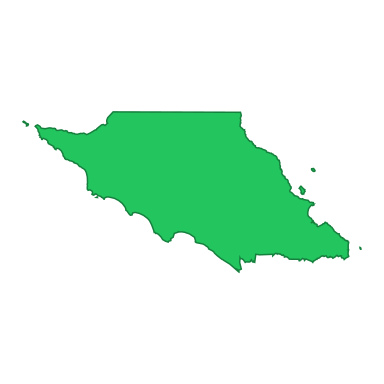 outline of Mulegé, Baja California Sur, Mexico
{"feature_id": "50627088B42796639886072", "entity_name": "Mulegé", "entity_type": "district", "adm_level": 2, "iso_a3": "MEX", "parent_name": "Mexico", "parent_adm1": "Baja California Sur", "projection": "orthographic", "projection_center": [-113.158, 27.203], "detail": "fine", "context": "isolated", "style": "filled", "palette": "green", "viewbox_px": 384, "rotation_deg": 0, "n_neighbors": 0, "source": "geoboundaries", "source_scale": "gbopen_adm2", "svg_char_len": 5993}
<svg xmlns="http://www.w3.org/2000/svg" viewBox="0 0 384 384"><path d="M113.1,111.9L107.7,117.7L106.8,120.1L106.7,121.2L106.8,122.2L107.6,123.1L105.0,125.5L103.5,124.5L101.5,124.9L98.2,127.6L96.7,128.9L96.5,129.7L95.1,130.0L90.4,132.9L86.8,134.6L83.8,133.1L82.2,133.5L80.5,133.4L77.4,134.3L74.8,134.0L74.1,133.4L72.5,133.5L71.8,132.7L68.6,132.7L67.3,131.9L67.3,131.2L65.7,130.6L65.1,131.0L63.4,130.9L62.7,130.3L61.3,129.9L58.4,130.4L56.7,130.4L55.6,129.4L55.5,128.7L54.3,128.3L52.9,128.5L51.1,128.0L49.3,127.9L45.2,128.7L41.9,128.3L41.0,128.0L40.0,126.4L37.6,124.9L36.1,125.5L35.2,126.3L37.8,129.0L38.3,131.6L39.1,132.5L39.6,134.1L39.3,135.2L39.6,135.2L40.2,136.3L40.0,137.1L40.6,137.1L41.1,137.6L41.7,139.4L42.4,139.4L42.6,138.7L43.2,138.3L46.4,139.6L47.7,141.1L48.0,142.0L47.9,142.6L48.2,142.8L48.4,143.7L50.0,144.3L50.4,144.8L50.8,144.8L53.6,146.4L53.4,147.0L54.3,147.6L54.5,148.7L55.7,149.6L56.0,149.6L55.8,148.9L56.3,148.4L58.0,148.4L58.9,148.8L61.2,150.7L62.9,153.9L63.2,156.0L64.5,157.5L64.7,158.3L65.1,158.3L65.3,159.1L66.1,159.5L67.4,159.4L69.8,160.8L71.3,161.0L73.6,162.0L73.9,162.7L74.4,162.6L74.6,163.0L77.4,163.9L79.5,166.5L80.6,166.7L82.2,168.0L83.9,168.9L85.1,170.1L86.3,172.5L87.3,176.8L87.5,182.0L87.5,183.6L87.2,184.0L87.5,185.9L87.2,187.2L87.4,188.4L87.2,189.0L88.1,190.3L90.0,189.9L91.9,191.0L92.6,192.4L92.5,193.1L91.9,194.2L92.2,194.5L92.7,194.8L93.1,194.6L93.6,195.1L95.1,194.4L95.3,193.8L96.3,194.0L98.3,195.7L100.9,196.4L101.4,197.2L102.6,197.7L104.0,199.2L104.1,199.8L104.5,198.0L106.7,197.0L108.9,197.0L114.4,198.3L118.7,200.5L122.4,203.5L125.2,207.3L125.8,209.0L125.9,210.3L127.1,211.1L129.0,213.9L130.3,215.2L132.0,215.0L132.8,212.9L135.2,212.4L139.4,213.4L143.6,215.4L147.6,218.4L149.6,220.7L151.7,224.9L153.5,229.8L154.2,232.5L154.9,232.4L155.8,233.5L156.8,233.3L158.5,234.4L161.0,236.9L162.7,239.6L165.5,241.2L168.2,242.1L168.7,241.2L170.8,240.6L171.0,239.9L170.7,239.5L170.7,238.7L173.1,237.3L174.3,233.4L178.0,232.2L178.3,231.7L179.1,232.0L181.2,231.8L184.4,232.2L189.5,233.9L194.5,237.3L195.7,241.4L195.3,241.8L195.8,242.3L196.2,242.6L203.0,244.0L205.0,245.1L206.6,246.4L207.5,246.7L208.6,248.3L208.6,248.9L212.4,250.8L213.9,252.0L214.4,253.0L217.4,255.8L221.9,259.3L223.2,259.8L223.5,260.2L229.8,264.1L239.0,272.1L239.1,271.9L238.7,271.4L236.2,269.4L236.2,268.9L238.8,270.3L241.3,269.1L239.7,262.6L240.0,257.7L240.6,258.9L242.1,258.7L242.8,259.5L243.3,259.7L245.2,262.4L246.0,261.9L249.5,262.0L250.3,261.6L250.5,260.7L251.4,259.8L251.7,260.7L252.5,261.8L253.1,262.1L253.2,261.9L252.7,261.5L253.6,261.1L253.8,261.8L254.7,262.3L255.8,254.3L259.5,254.8L272.9,254.3L272.8,255.8L275.4,253.4L276.8,253.6L277.2,254.1L277.6,253.6L279.1,254.0L279.9,253.7L280.3,254.4L281.0,254.4L281.9,255.3L282.6,255.4L283.2,254.9L284.2,256.2L284.9,256.4L284.7,257.0L285.8,256.7L286.9,256.9L289.2,258.6L289.3,259.2L299.0,259.3L299.1,260.7L299.8,260.8L300.3,259.9L300.9,259.9L302.7,258.4L303.3,258.9L304.2,259.0L304.5,260.4L305.9,259.0L311.8,261.4L312.8,262.4L313.6,260.8L314.3,260.8L316.0,259.4L317.0,259.4L317.2,258.5L319.2,258.0L321.4,256.1L322.1,256.2L323.0,255.7L324.0,256.5L326.1,255.7L327.0,257.1L327.8,257.6L329.1,257.4L329.7,256.6L330.3,256.5L330.4,257.0L332.1,257.2L332.9,258.2L335.1,256.9L337.0,255.3L338.3,256.6L340.4,255.7L341.2,256.0L340.9,256.2L341.8,257.9L342.7,257.8L344.0,258.9L344.2,259.5L345.9,258.0L348.5,256.7L348.8,256.2L348.3,255.4L348.0,253.2L348.5,250.0L348.2,249.9L348.6,249.7L348.2,248.5L348.2,244.7L348.7,242.5L348.6,242.0L347.8,241.7L347.7,240.9L347.1,241.1L346.8,240.5L345.7,240.6L345.4,240.1L344.5,239.9L344.2,239.0L342.8,238.5L342.8,237.8L340.9,237.3L340.7,236.5L340.1,236.2L339.1,234.5L339.2,233.8L337.8,233.8L334.2,231.2L333.7,229.9L331.8,227.3L330.7,226.6L330.2,225.8L327.9,224.5L327.5,223.5L327.0,223.0L326.4,223.2L325.6,222.3L325.1,222.3L324.2,223.6L323.0,223.8L322.4,224.6L318.0,226.7L317.1,226.2L317.1,224.7L316.8,224.3L314.7,223.7L313.8,223.0L313.3,222.1L311.6,222.4L310.9,223.2L311.8,222.2L313.1,221.7L313.1,221.9L313.5,221.9L313.1,221.6L313.1,220.6L312.4,220.6L311.3,218.4L310.2,217.9L308.4,216.3L307.8,214.8L307.8,212.1L308.6,208.7L310.1,206.5L311.7,205.0L312.7,205.6L313.9,205.0L313.7,204.4L314.0,204.1L313.7,204.1L313.2,203.6L313.3,202.6L311.3,202.3L309.8,202.4L308.2,200.4L303.4,199.5L302.7,198.7L301.1,199.0L299.7,198.5L299.0,198.1L298.3,197.0L297.2,196.3L294.2,195.6L294.1,195.0L291.7,192.6L289.9,191.7L289.7,190.7L291.2,188.0L290.9,187.5L291.1,187.0L289.9,185.6L289.5,184.1L288.3,182.7L288.0,180.7L287.4,179.7L285.5,178.9L285.1,178.1L285.6,178.4L284.9,177.7L284.8,176.5L283.3,175.8L281.8,173.6L281.7,172.7L282.2,171.9L281.5,170.3L280.4,169.3L280.4,168.7L280.9,168.9L280.1,167.8L280.4,166.1L279.8,165.1L279.8,162.4L279.5,162.0L279.3,160.4L278.7,160.4L277.3,159.0L276.7,157.0L275.6,155.9L273.8,155.2L272.9,154.1L271.9,153.9L271.4,153.2L269.8,153.2L268.8,152.5L267.0,152.3L266.4,151.6L266.4,151.0L265.3,150.2L262.5,149.3L261.5,148.5L260.4,148.4L258.7,147.8L257.7,148.0L255.7,147.3L255.2,146.6L255.4,145.8L253.2,144.5L253.2,143.6L252.2,142.8L252.0,141.8L251.3,141.3L249.8,141.4L249.6,140.8L248.5,140.2L248.1,139.3L246.2,137.1L245.6,135.9L245.8,134.7L244.9,133.7L244.8,132.4L245.1,131.8L244.4,130.4L244.5,129.8L243.8,130.0L243.1,129.6L242.5,128.5L241.1,127.7L240.0,126.1L240.3,123.3L240.8,123.1L240.8,122.6L240.4,121.9L240.8,120.2L240.3,118.3L241.3,115.5L240.5,112.3L113.1,111.9ZM303.8,189.1L301.0,186.2L300.6,186.3L299.2,188.4L300.2,189.1L301.0,190.6L301.4,192.8L301.2,192.9L301.5,193.1L301.4,193.5L302.2,194.3L303.1,193.7L303.7,194.1L304.2,192.5L305.1,191.2L304.4,190.3L304.8,189.6L303.8,189.1ZM313.6,168.5L311.7,168.7L311.5,169.1L311.7,169.9L313.0,171.2L313.9,171.5L314.8,171.2L315.0,170.4L313.6,168.5ZM25.5,122.4L23.7,121.2L23.0,121.8L23.6,122.4L25.8,123.3L26.6,124.5L26.4,124.9L26.9,125.3L26.7,125.9L27.8,125.6L28.4,124.6L28.2,123.9L26.3,123.3L25.5,122.4ZM360.0,247.4L359.9,247.9L360.5,249.2L361.0,249.1L360.7,247.9L360.0,247.4ZM97.4,197.5L97.1,196.9L96.3,197.4L97.4,197.5Z" fill="#22c55e" stroke="#15803d" stroke-width="1.5"/></svg>